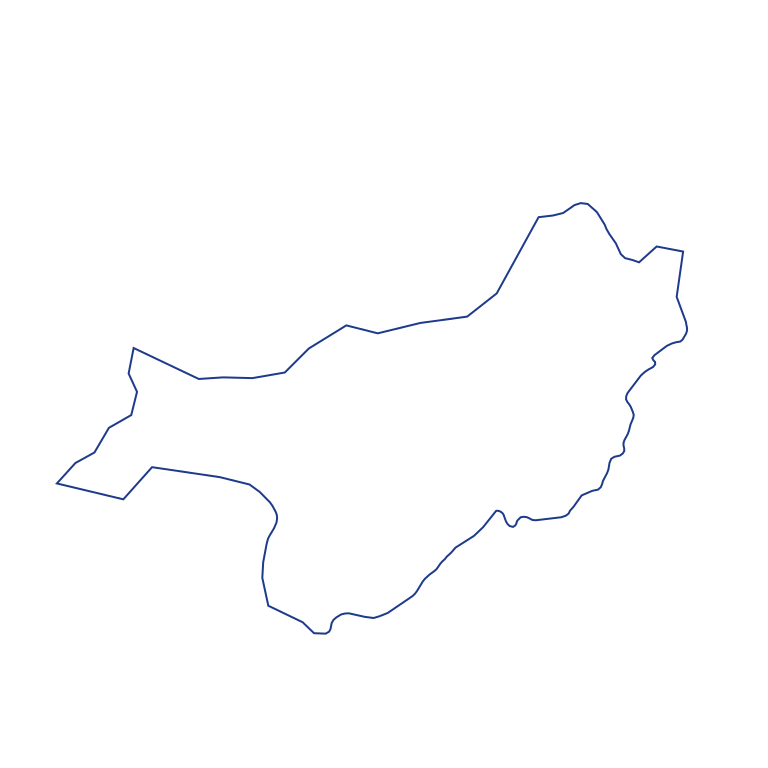 Pita, orthographic projection, rotated 207°
{"feature_id": "GIN-5656", "entity_name": "Pita", "entity_type": "Prefecture", "adm_level": 1, "iso_a3": "GIN", "parent_name": "Guinea", "parent_adm1": "", "projection": "orthographic", "projection_center": [-12.737, 10.896], "detail": "fine", "context": "isolated", "style": "outline", "palette": "blue", "viewbox_px": 768, "rotation_deg": 207, "n_neighbors": 0, "source": "natural_earth", "source_scale": "10m", "svg_char_len": 2122}
<svg xmlns="http://www.w3.org/2000/svg" viewBox="0 0 768 768"><g transform="rotate(207 384 384)"><path d="M552.9,204.6L563.9,162.9L630.3,146.9L623.1,173.5L610.9,191.5L609.2,220.1L595.1,241.6L600.5,264.9L616.3,277.4L623.4,302.4L551.3,304.4L530.3,316.9L503.9,329.5L477.6,349.2L467.1,381.5L444.2,419.1L412.6,426.3L379.2,455.0L340.5,481.8L324.7,515.9L322.0,602.8L310.0,610.8L302.0,617.7L295.5,629.9L290.8,634.5L284.2,636.9L272.3,633.8L259.9,626.3L255.9,622.9L251.1,619.8L241.3,614.6L231.9,607.2L226.3,605.6L218.8,607.3L212.0,608.2L203.5,630.3L177.6,637.8L162.8,594.5L143.3,576.5L141.6,574.2L139.8,572.0L138.3,569.4L137.7,566.1L138.1,559.2L139.2,556.4L142.5,554.0L145.9,550.8L149.3,546.4L156.1,532.5L156.8,528.9L154.6,527.4L152.5,526.7L151.3,524.6L152.0,521.3L155.0,516.9L157.2,512.9L159.0,508.1L162.9,486.5L162.6,483.0L161.4,480.3L159.1,478.5L156.4,477.3L153.8,475.7L149.4,471.9L147.5,469.9L146.5,466.9L146.0,460.0L144.5,453.5L144.1,450.0L144.3,443.1L143.8,440.1L142.5,437.7L140.7,435.6L139.5,433.3L139.7,430.5L141.3,427.3L145.6,423.8L147.6,420.6L147.3,416.3L145.2,409.6L144.8,405.9L144.9,397.2L144.2,393.7L144.0,390.5L145.3,387.1L150.0,383.3L157.3,374.5L159.4,360.6L160.7,355.7L160.7,352.3L162.2,349.2L165.5,345.8L186.9,331.5L190.1,330.2L193.0,330.3L196.2,330.2L199.3,329.1L201.7,327.3L202.9,323.8L203.2,322.3L203.1,321.2L202.7,319.9L202.8,317.6L204.1,315.3L207.5,314.5L210.3,315.3L212.9,316.9L218.1,321.8L218.7,322.2L220.0,322.8L222.2,323.2L224.5,322.9L225.9,322.3L226.5,321.8L230.7,301.4L234.9,289.5L246.0,270.7L247.6,264.2L249.7,258.6L250.3,255.5L251.4,252.7L252.2,249.7L253.1,243.0L254.2,240.2L256.9,234.9L259.1,229.0L259.8,225.7L260.6,214.6L261.2,211.1L262.3,208.0L276.8,181.6L282.6,175.0L287.0,170.8L295.4,167.8L311.3,163.7L314.4,161.9L317.4,159.4L320.4,154.6L321.9,151.0L322.1,147.3L320.4,141.3L320.5,138.4L322.6,135.1L333.2,130.2L348.4,134.8L386.4,133.9L394.3,143.6L404.4,156.0L410.7,170.3L416.0,188.3L417.1,193.5L417.1,197.0L416.5,205.5L416.9,211.8L418.2,215.7L420.1,218.7L422.3,220.8L427.9,224.7L431.9,226.8L445.7,231.4L458.2,233.4L487.9,226.5L552.9,204.6Z" fill="none" stroke="#1e3a8a" stroke-width="2"/></g></svg>